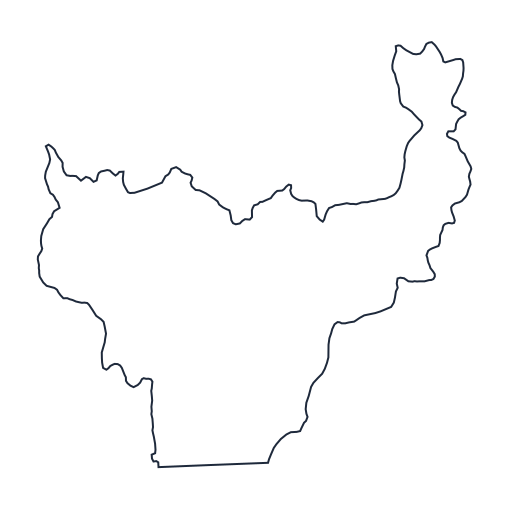 Aurora do Pará, Pará, Brazil, rotated 178°
{"feature_id": "56859067B35276359605385", "entity_name": "Aurora do Pará", "entity_type": "district", "adm_level": 2, "iso_a3": "BRA", "parent_name": "Brazil", "parent_adm1": "Pará", "projection": "natural_earth1", "projection_center": [-47.772, -2.26], "detail": "fine", "context": "isolated", "style": "outline", "palette": "slate", "viewbox_px": 512, "rotation_deg": 178, "n_neighbors": 0, "source": "geoboundaries", "source_scale": "gbopen_adm2", "svg_char_len": 5621}
<svg xmlns="http://www.w3.org/2000/svg" viewBox="0 0 512 512"><g transform="rotate(178 256 256)"><path d="M413.1,152.0L412.7,149.5L409.5,147.6L407.4,149.0L405.4,151.2L402.9,152.4L401.1,153.1L398.0,152.8L395.6,151.3L394.0,148.9L391.4,141.6L390.3,139.4L390.3,135.8L388.9,133.4L386.0,130.8L382.9,129.2L378.7,131.2L376.2,133.5L374.3,136.9L372.5,137.8L370.1,137.1L367.6,137.1L365.3,136.4L363.9,134.0L364.3,131.5L364.8,127.2L365.4,124.9L365.0,119.5L364.8,115.1L365.8,109.0L365.6,104.4L366.1,101.6L365.2,97.0L365.0,92.4L364.9,88.6L365.6,85.4L365.1,82.4L364.4,78.9L363.4,71.9L363.2,65.8L363.7,62.4L367.2,61.1L367.0,57.1L365.6,54.2L362.8,54.5L360.9,53.2L360.8,48.4L308.6,48.7L306.3,48.7L251.2,48.9L250.1,52.4L247.8,57.5L244.9,63.6L242.2,67.2L239.8,69.8L237.5,72.3L231.8,76.6L227.3,78.7L221.5,78.8L218.0,79.5L216.6,82.4L213.8,87.7L211.8,89.4L210.1,93.4L211.1,96.5L211.7,101.2L210.8,107.6L208.2,114.3L205.5,123.3L203.0,127.3L198.3,132.0L194.0,136.0L191.2,140.8L188.8,146.7L187.2,152.1L186.6,164.9L185.5,171.3L183.7,175.9L182.3,180.4L179.9,185.0L176.8,187.1L174.6,186.8L172.7,185.7L169.2,185.6L165.3,186.4L160.2,187.0L158.2,188.2L154.6,190.5L149.9,192.9L138.8,194.8L133.5,196.3L129.3,197.9L122.7,200.4L119.9,204.6L118.6,209.5L117.4,215.7L115.5,219.3L116.3,223.5L115.3,228.6L112.6,229.3L108.8,228.6L104.6,225.4L100.4,224.9L98.5,225.3L95.9,224.9L93.7,225.0L88.5,224.8L83.7,225.9L81.7,225.9L79.5,226.8L78.0,229.2L78.0,231.6L79.4,234.1L82.1,237.8L82.9,240.7L84.0,243.4L84.5,245.7L84.8,248.2L85.6,250.7L83.8,255.1L82.0,256.4L79.7,257.5L75.7,258.9L73.3,259.6L72.0,262.6L71.6,265.5L71.5,268.1L71.2,270.6L68.7,275.5L68.3,278.0L67.4,280.2L65.7,281.5L62.4,282.4L59.0,281.7L56.9,282.2L56.1,284.5L57.1,288.6L58.6,292.8L59.1,295.1L59.3,297.8L57.9,299.7L55.4,301.5L50.9,302.6L48.4,303.8L46.5,305.7L44.6,307.6L43.0,309.9L41.3,315.1L40.2,317.6L39.1,319.9L39.4,323.0L40.0,325.4L40.5,327.8L39.9,330.7L38.8,332.9L37.8,335.5L38.4,338.1L41.1,343.2L43.1,348.4L44.1,350.8L46.2,352.4L47.8,354.1L49.0,356.6L50.4,362.3L51.8,364.1L55.4,366.1L58.7,367.6L60.6,369.1L60.9,371.4L59.4,373.9L54.1,373.7L52.2,375.6L51.4,381.0L50.2,383.2L48.7,385.6L46.5,387.2L43.9,388.6L41.9,389.8L41.6,392.2L43.9,393.5L46.0,393.9L47.6,395.6L49.6,397.3L52.1,398.1L54.1,399.5L54.9,402.2L54.5,405.2L53.5,407.9L52.0,410.4L50.3,412.7L47.8,418.0L46.2,420.9L43.8,426.0L43.0,428.3L42.7,431.0L42.2,433.9L42.0,436.6L42.2,442.2L42.9,444.6L44.9,445.8L49.6,445.7L51.9,445.0L60.1,442.9L62.0,443.9L62.6,447.3L64.0,450.9L65.3,453.5L68.8,459.2L70.2,461.0L72.9,463.6L75.8,463.2L78.3,462.0L79.8,459.3L80.8,457.0L82.7,454.6L84.9,452.5L88.8,452.0L92.0,452.5L98.7,456.4L101.7,458.7L104.2,461.1L106.5,461.5L109.0,460.8L108.7,455.7L110.3,451.7L112.2,446.2L113.1,441.9L113.1,438.1L112.2,435.6L110.8,433.0L110.0,428.8L109.1,424.6L107.9,421.6L107.2,417.7L107.4,415.1L107.2,412.3L106.6,405.7L106.0,403.6L103.6,400.2L100.9,399.0L98.6,397.4L95.3,394.8L93.3,392.3L91.0,389.7L88.3,386.7L86.0,384.6L85.1,381.0L86.4,377.9L88.0,375.9L93.6,371.0L96.8,367.5L98.4,365.8L100.0,363.7L101.5,360.5L103.1,355.6L103.9,352.5L104.3,349.4L103.9,346.2L104.5,342.5L104.8,339.3L105.7,335.8L106.6,333.1L108.0,327.1L109.0,323.3L110.3,319.1L112.3,316.2L114.2,313.8L116.2,312.2L118.6,311.0L121.1,310.1L123.1,309.2L125.1,308.6L131.8,308.2L133.8,307.4L136.1,307.0L139.0,306.8L142.7,305.9L145.9,306.0L148.8,305.8L151.2,305.0L154.1,304.2L156.6,304.6L159.7,304.7L163.4,305.6L171.4,304.2L175.1,304.0L178.3,302.3L181.3,301.4L183.4,298.3L184.9,295.2L185.7,292.8L186.6,290.0L188.1,288.0L191.1,290.2L193.9,293.7L194.3,300.4L194.8,306.0L196.4,307.6L198.6,308.8L202.8,309.7L208.5,309.7L211.1,310.4L213.7,311.7L215.7,313.1L217.4,314.6L218.7,316.8L219.5,320.5L218.5,322.7L218.5,325.5L220.8,326.2L223.4,324.3L225.5,321.9L227.5,320.5L232.5,320.3L234.6,318.7L237.3,315.8L239.2,313.3L241.1,312.6L244.4,311.3L247.7,309.9L250.0,309.9L252.5,307.6L256.1,306.7L257.6,304.2L258.5,301.8L258.6,295.0L261.0,292.6L265.7,293.2L268.5,291.5L271.0,289.1L275.1,288.4L277.8,289.6L279.4,292.6L279.9,297.5L281.0,302.6L283.6,303.7L285.5,304.7L287.4,305.8L291.0,308.7L292.5,311.9L295.6,314.5L304.0,320.4L310.1,323.6L314.0,324.1L317.8,327.9L318.8,331.5L317.7,333.7L316.9,336.6L318.9,339.4L321.0,339.9L324.0,340.9L327.4,342.8L328.7,344.9L332.7,347.6L337.6,346.0L339.3,342.4L340.9,340.5L343.7,338.9L347.4,332.6L362.2,327.1L375.3,323.4L377.6,323.4L379.7,323.3L381.7,324.2L383.7,327.9L385.6,331.8L386.2,334.6L386.4,338.2L385.9,341.7L385.5,344.9L389.7,344.8L391.3,342.9L393.6,341.3L396.2,343.5L399.1,346.5L401.7,347.1L404.4,346.5L407.9,345.9L410.2,344.4L411.3,342.1L412.6,337.1L415.8,335.8L419.4,339.6L423.2,341.0L426.0,339.0L428.3,337.4L430.9,340.0L433.0,342.1L436.5,342.5L438.9,342.5L442.5,343.3L445.1,347.2L446.2,351.9L446.0,355.8L447.3,358.3L450.1,361.8L452.4,366.3L453.4,369.0L454.8,370.6L456.7,372.5L459.4,374.5L462.2,373.0L460.2,367.7L459.2,364.6L458.4,359.7L459.3,356.1L463.1,347.6L463.9,343.9L464.1,341.2L462.4,335.0L461.4,332.6L460.9,329.9L459.3,325.9L456.8,324.3L455.3,322.0L454.2,319.4L452.1,316.6L450.6,311.0L453.9,309.1L456.2,307.8L457.9,305.0L458.5,302.2L461.2,300.0L463.7,296.0L467.7,290.3L469.9,283.5L470.4,279.2L470.4,276.2L470.1,273.6L469.4,270.9L470.4,268.3L472.0,266.1L473.9,263.2L474.2,260.2L473.2,254.5L473.5,251.5L473.2,249.0L473.3,246.5L472.9,242.9L469.6,237.0L466.3,233.5L458.5,231.1L456.0,229.2L454.7,226.5L452.7,223.6L450.0,220.5L446.0,220.4L443.7,219.3L440.8,218.4L437.5,216.8L434.5,216.0L431.7,215.3L429.1,215.4L426.3,214.9L424.6,213.1L421.3,207.8L417.8,201.8L413.1,198.2L410.6,195.5L409.7,190.8L408.6,183.6L409.7,178.3L410.2,175.0L411.0,172.6L413.5,165.0L413.6,159.2L413.5,154.8L413.1,152.0Z" fill="none" stroke="#1e293b" stroke-width="2"/></g></svg>